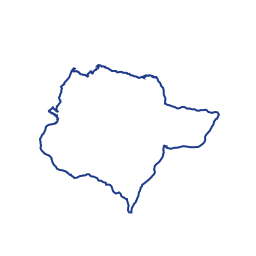 Saschiz, Mures, Romania (Robinson projection), rotated 334°
{"feature_id": "2599482B37274548789390", "entity_name": "Saschiz", "entity_type": "district", "adm_level": 2, "iso_a3": "ROU", "parent_name": "Romania", "parent_adm1": "Mures", "projection": "robinson", "projection_center": [24.99, 46.172], "detail": "fine", "context": "isolated", "style": "outline", "palette": "blue", "viewbox_px": 256, "rotation_deg": 334, "n_neighbors": 0, "source": "geoboundaries", "source_scale": "gbopen_adm2", "svg_char_len": 5653}
<svg xmlns="http://www.w3.org/2000/svg" viewBox="0 0 256 256"><g transform="rotate(334 128 128)"><path d="M94.0,205.4L95.0,203.5L96.5,201.5L97.7,200.7L98.7,200.2L99.6,199.1L102.3,198.1L103.0,197.6L103.4,196.9L104.4,196.5L104.5,196.2L105.8,194.9L107.2,194.0L107.6,193.6L108.4,192.3L109.5,190.9L110.1,190.3L110.8,190.0L111.2,189.5L112.4,188.5L113.2,187.2L115.0,186.5L116.0,185.2L118.0,185.0L124.4,183.5L128.1,182.2L129.2,181.6L131.1,181.0L132.3,180.0L133.0,179.0L133.2,178.5L133.1,177.6L133.4,176.5L134.4,175.4L135.4,173.9L136.8,173.2L141.4,172.1L142.7,171.3L143.8,170.8L146.8,168.8L147.5,168.1L147.9,167.0L149.3,166.0L149.4,165.3L150.0,164.2L149.9,163.6L150.2,163.0L150.8,162.0L151.6,161.3L151.8,160.7L152.4,159.9L153.0,159.8L153.3,160.3L153.9,160.8L153.9,161.1L153.9,161.3L154.1,161.5L154.5,161.6L154.0,162.2L154.1,162.7L154.3,163.0L155.6,163.9L157.0,165.2L159.3,165.9L160.9,166.0L162.8,167.0L165.6,167.8L169.6,168.5L171.6,169.7L175.2,172.3L177.7,173.6L180.3,174.8L182.7,175.7L184.2,175.8L186.9,175.3L188.2,175.1L190.5,174.2L191.8,173.0L192.5,172.0L192.9,170.8L193.5,169.6L194.7,168.7L195.9,168.1L197.3,167.6L198.4,167.0L200.7,166.2L201.7,165.2L202.9,164.5L203.9,163.6L206.2,162.4L207.7,160.6L207.9,160.1L208.5,159.8L209.7,159.3L210.5,158.6L211.5,158.5L212.1,158.7L212.4,158.6L213.2,157.6L214.1,157.1L214.5,156.6L215.5,156.0L215.6,155.3L215.4,154.8L215.3,153.3L214.9,152.9L213.8,152.1L211.8,151.4L211.0,151.5L209.8,151.2L209.0,150.2L207.3,148.9L206.6,147.0L206.5,146.3L205.9,145.7L203.9,145.1L202.6,144.5L201.6,143.9L199.3,143.6L198.3,142.8L197.2,142.3L196.4,140.7L195.9,140.2L194.9,139.9L193.5,139.1L192.8,138.4L192.1,137.5L191.5,137.5L190.7,137.0L189.7,136.6L188.7,134.9L187.3,133.4L185.7,132.8L183.9,132.8L182.0,132.5L181.3,132.3L180.7,131.8L179.3,129.7L177.3,128.0L175.0,125.5L173.8,124.7L173.0,123.8L172.4,122.6L171.9,122.2L172.7,121.1L173.7,119.2L174.2,118.8L174.4,118.2L174.7,117.0L174.7,115.4L174.9,113.5L175.4,112.3L176.4,110.3L177.0,108.0L177.1,107.2L176.1,104.2L176.5,103.7L176.7,102.3L176.4,101.4L176.5,101.0L175.7,99.1L175.8,98.6L176.1,97.3L176.0,95.9L175.8,95.7L175.8,94.7L175.7,94.4L174.8,94.2L174.3,94.4L173.5,92.9L173.0,92.8L172.7,93.2L172.4,92.9L172.3,92.7L172.5,92.5L172.8,92.4L172.9,92.2L171.8,91.1L170.7,90.5L170.5,90.1L170.0,90.2L169.8,90.0L169.2,90.0L169.1,89.6L167.7,89.2L167.5,88.7L167.0,88.7L166.5,89.4L165.7,89.6L164.1,89.1L164.0,88.8L164.4,88.5L163.8,88.5L163.6,88.6L163.7,89.3L162.7,88.1L160.4,88.0L159.2,87.3L159.1,87.2L159.1,86.6L158.4,86.1L158.0,85.4L155.9,83.9L155.5,83.4L155.2,82.7L154.8,82.4L153.3,81.6L153.2,80.3L153.1,80.0L152.2,79.6L151.2,79.0L150.9,78.5L151.1,78.0L150.3,77.6L149.6,77.0L147.5,76.1L147.2,75.1L146.4,74.5L144.9,73.9L143.0,73.5L142.4,72.9L142.5,72.1L142.4,71.7L138.3,69.5L138.0,68.4L136.8,67.0L136.6,66.2L136.4,65.9L134.0,63.6L133.9,63.3L134.2,62.9L133.1,62.2L132.5,61.5L131.4,61.4L131.0,60.2L130.8,59.8L130.0,59.1L129.1,59.2L128.8,58.4L127.2,59.0L127.9,59.4L128.4,60.3L128.1,60.6L127.6,60.8L127.0,61.3L126.5,61.1L125.4,61.0L125.1,61.1L125.1,61.5L124.9,61.7L123.3,61.6L121.9,62.0L121.1,62.6L120.6,63.2L120.0,63.5L119.7,63.3L119.4,62.4L119.6,60.9L119.3,60.7L118.9,60.7L118.0,61.3L115.7,61.8L115.2,62.2L115.0,62.7L115.0,63.7L114.4,64.0L114.1,63.9L113.6,63.4L113.6,62.5L113.0,62.1L112.8,61.5L111.4,60.8L108.6,58.4L108.5,58.2L108.6,57.5L108.2,56.8L108.1,55.8L107.4,55.6L107.0,54.7L106.6,54.2L105.9,54.1L105.2,53.9L103.0,52.7L103.3,52.0L103.8,52.1L104.0,51.9L104.5,52.0L105.9,51.5L106.2,51.3L105.4,50.6L102.3,52.1L97.4,56.7L95.2,57.7L91.0,59.3L89.8,60.2L89.9,60.6L87.4,61.1L85.9,61.6L86.1,62.8L85.9,63.6L85.4,63.9L84.9,64.4L83.8,66.6L82.1,67.8L80.7,69.5L79.3,70.4L78.9,73.1L79.2,73.7L79.0,74.5L78.7,74.7L78.5,75.2L76.3,76.2L75.4,76.8L74.2,77.2L73.8,77.2L73.1,78.0L73.0,78.4L72.5,78.7L71.7,79.8L71.8,81.2L72.1,82.3L71.9,82.4L71.1,81.5L70.8,80.6L70.7,79.9L70.4,79.7L70.4,79.3L69.8,78.4L69.5,77.4L69.5,76.5L68.0,77.2L64.4,77.9L64.3,78.3L64.8,78.3L64.7,78.7L65.0,79.4L65.0,79.7L65.3,79.8L65.5,80.0L65.6,81.0L66.4,81.3L66.3,81.7L67.1,82.0L67.2,82.5L67.2,83.0L67.9,83.3L67.7,83.7L68.5,84.3L68.5,84.6L69.2,85.3L69.7,85.5L69.8,85.6L69.7,85.8L68.9,85.8L69.2,86.1L68.8,86.6L69.1,86.8L69.0,87.4L69.2,87.9L69.0,88.7L69.1,89.0L68.4,89.1L68.6,89.5L68.5,89.9L67.8,90.5L67.4,91.2L66.2,91.5L65.8,91.9L65.3,91.6L65.1,92.0L64.7,91.9L64.5,92.1L58.0,90.4L57.2,90.4L54.7,91.0L52.9,93.5L49.0,96.4L47.9,96.4L46.1,98.0L44.3,99.1L44.0,99.9L43.7,100.2L43.4,101.9L42.6,103.6L42.4,104.5L42.4,105.3L42.0,105.9L41.0,106.8L40.4,108.5L40.5,110.0L41.1,112.3L41.4,112.6L41.4,113.1L41.8,114.0L41.9,114.7L42.5,115.2L43.7,116.9L44.7,117.7L45.1,118.8L45.5,119.1L45.7,119.9L45.8,120.8L46.1,121.7L45.7,122.3L45.6,123.7L45.1,125.1L45.1,125.8L45.3,126.9L45.1,128.0L45.6,129.6L46.4,131.6L46.2,133.2L47.1,134.5L48.0,135.4L48.3,135.9L50.5,137.2L51.6,138.5L52.3,138.9L52.3,139.2L52.8,139.6L53.5,140.6L53.7,140.8L53.8,141.0L53.7,141.5L54.0,141.7L54.6,142.8L54.8,143.7L55.2,144.7L56.3,144.9L56.5,146.7L57.3,147.6L57.5,148.1L57.6,149.0L58.0,149.5L58.6,149.7L60.8,150.3L62.7,150.1L64.3,150.3L65.6,150.9L66.3,150.8L67.6,151.2L68.4,151.8L69.4,151.8L70.8,151.6L72.8,152.6L73.2,154.4L73.6,155.1L73.9,155.4L74.2,155.5L74.9,156.2L75.3,156.3L75.8,156.7L78.1,159.3L78.4,160.5L78.3,160.8L78.4,162.1L78.5,162.3L78.8,162.6L80.9,163.7L81.9,165.7L84.0,167.5L83.7,168.2L83.5,169.4L85.6,170.2L87.0,171.5L87.5,172.8L87.4,175.3L87.1,176.3L86.9,177.9L87.0,178.6L87.3,179.6L87.8,180.6L88.6,181.7L91.7,182.0L92.6,184.1L92.2,186.2L92.5,187.1L93.4,188.4L93.9,188.7L94.4,190.0L95.2,191.1L95.9,191.4L95.2,193.7L95.1,195.2L94.8,196.0L94.7,197.7L94.2,198.6L93.4,199.4L92.1,201.6L91.8,202.7L92.1,204.4L92.7,204.6L94.0,205.4Z" fill="none" stroke="#1e3a8a" stroke-width="2"/></g></svg>